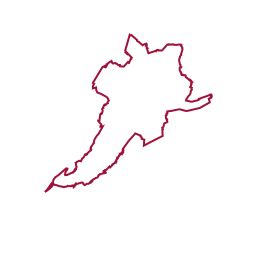 Tepeyahualco, Puebla, Mexico, rotated 213°
{"feature_id": "50627088B49608937685636", "entity_name": "Tepeyahualco", "entity_type": "district", "adm_level": 2, "iso_a3": "MEX", "parent_name": "Mexico", "parent_adm1": "Puebla", "projection": "equal_earth", "projection_center": [-97.469, 19.519], "detail": "fine", "context": "isolated", "style": "outline", "palette": "rose", "viewbox_px": 256, "rotation_deg": 213, "n_neighbors": 0, "source": "geoboundaries", "source_scale": "gbopen_adm2", "svg_char_len": 5723}
<svg xmlns="http://www.w3.org/2000/svg" viewBox="0 0 256 256"><g transform="rotate(213 128 128)"><path d="M98.3,154.6L99.4,155.6L99.9,155.9L99.8,156.1L99.9,156.6L101.4,156.8L103.2,159.1L102.6,159.8L103.6,161.1L103.0,161.8L104.1,163.3L100.9,166.0L95.8,171.1L94.5,172.0L89.6,173.5L88.1,174.2L86.0,176.2L79.6,183.0L78.9,183.5L73.4,194.0L73.8,194.5L76.2,196.5L76.1,196.8L75.3,197.6L74.7,198.8L75.4,199.0L75.1,199.9L75.9,200.1L75.7,200.8L76.5,201.1L76.4,201.3L76.7,201.4L79.9,196.8L81.1,195.5L81.8,194.4L82.9,193.2L83.3,192.1L84.5,191.1L83.9,190.5L85.1,188.7L87.2,186.6L88.5,185.0L89.6,184.4L94.3,182.6L94.5,183.1L94.5,183.7L94.8,184.5L94.6,185.7L94.8,186.4L94.7,187.6L94.4,188.8L94.4,190.4L94.6,191.4L95.5,193.5L95.3,194.9L96.2,195.7L96.4,196.5L98.1,196.1L98.3,196.5L98.1,197.0L98.2,197.7L98.3,197.7L98.4,198.1L98.5,198.4L98.6,199.1L98.8,199.0L99.1,199.4L99.2,200.0L99.4,199.9L99.7,200.3L99.6,201.1L99.3,201.5L100.4,201.7L100.7,201.5L100.9,200.9L101.0,201.5L101.5,201.5L101.3,202.1L102.7,202.3L103.4,201.7L105.9,202.2L106.5,202.0L107.4,202.3L108.0,202.9L108.2,203.4L109.3,203.1L110.0,203.5L109.7,203.1L110.3,202.4L110.8,202.7L111.2,202.5L111.6,201.8L111.8,201.7L112.7,202.2L112.8,202.5L113.0,202.6L113.1,202.9L113.6,203.1L113.5,203.3L113.8,203.6L114.1,203.6L115.9,204.4L117.2,206.1L117.3,206.4L117.1,206.5L117.0,207.0L117.1,207.5L116.9,207.6L117.1,207.8L116.9,208.1L117.6,208.1L118.0,209.1L118.3,209.5L119.5,209.9L120.0,210.6L121.5,212.0L122.4,213.3L122.7,214.1L122.8,215.4L123.3,216.3L123.3,217.6L123.2,218.0L123.4,218.0L123.9,219.4L124.1,220.4L125.1,223.6L125.8,224.2L125.9,224.7L128.0,225.7L127.9,226.1L128.6,226.9L130.7,225.8L132.9,223.9L135.3,222.5L134.7,223.1L136.5,222.3L136.6,221.8L138.7,220.5L139.1,220.6L139.3,220.1L139.6,220.2L140.5,219.3L141.6,212.0L141.8,211.4L143.8,210.2L145.3,209.9L145.5,209.5L145.2,209.6L145.1,209.4L146.2,209.1L146.5,208.3L146.4,208.1L146.4,207.6L146.9,207.7L147.1,207.4L149.1,204.9L151.5,201.9L152.1,201.3L151.8,202.1L155.5,205.0L155.2,205.5L155.9,205.5L156.7,206.2L157.2,207.5L157.9,207.0L158.2,208.1L158.4,208.7L158.7,208.8L160.8,205.8L160.8,205.4L164.9,205.9L165.5,206.1L166.7,206.0L168.0,206.1L168.4,206.7L175.9,207.8L176.4,206.8L177.3,207.0L172.5,191.4L171.8,191.2L171.5,190.1L169.2,189.6L169.5,190.5L163.3,189.1L163.4,188.3L163.0,188.2L162.9,187.7L163.2,187.1L163.3,186.7L162.9,185.2L162.9,184.4L162.6,183.1L162.0,182.6L164.0,183.3L165.0,177.2L168.4,175.3L169.0,176.4L170.9,175.4L172.5,175.9L173.2,175.4L173.7,175.6L174.2,175.5L175.7,173.9L176.4,173.9L176.9,174.1L178.4,175.3L178.6,174.9L178.6,174.3L179.4,173.4L179.5,172.6L180.5,170.1L180.1,169.9L180.3,169.3L180.0,169.1L179.4,169.5L179.8,168.8L180.0,168.9L180.4,168.0L179.8,167.6L179.7,167.2L180.0,166.6L181.3,166.3L181.6,166.9L182.6,165.1L182.0,146.7L180.5,146.6L180.3,144.1L179.0,142.1L176.9,144.6L175.2,142.4L172.9,141.0L171.3,141.5L169.1,141.9L163.0,142.4L162.4,142.3L161.3,141.9L160.7,141.6L159.8,140.9L159.0,140.5L159.2,138.3L158.5,137.8L159.2,136.5L159.2,135.6L159.7,134.5L160.3,134.9L160.5,134.5L160.1,131.7L159.6,131.4L160.0,130.8L159.9,130.1L160.0,129.8L158.7,128.8L157.8,126.3L158.5,125.5L158.0,125.0L158.7,124.3L155.9,118.5L157.0,117.9L156.7,117.6L152.4,116.4L151.5,115.7L152.2,114.8L151.8,114.1L151.5,114.4L150.7,114.3L150.0,115.4L149.5,107.0L149.6,105.8L149.9,104.9L149.9,100.3L149.4,98.7L148.4,96.5L148.7,96.2L148.6,94.2L148.7,92.6L148.6,92.1L148.5,91.0L148.3,90.6L148.1,90.6L147.9,90.0L147.3,90.1L147.0,89.8L146.9,89.5L147.0,88.8L147.4,88.0L147.9,86.2L147.9,85.9L148.3,85.0L147.9,83.6L148.1,83.3L148.7,83.5L148.9,83.4L149.0,83.0L148.9,82.5L149.5,82.5L149.4,80.3L149.2,79.3L149.8,77.4L149.4,74.7L149.8,74.8L150.0,74.4L151.2,73.8L151.6,72.9L152.3,72.1L152.5,71.3L152.6,70.3L152.8,70.2L150.5,67.8L150.0,67.5L149.7,66.4L149.8,66.0L149.6,65.6L149.1,65.3L149.2,63.5L149.9,64.2L150.0,63.8L149.8,63.4L149.6,63.4L149.7,62.9L149.9,63.1L149.8,61.6L150.2,61.0L149.9,60.6L151.1,59.4L152.6,56.8L152.9,56.6L153.4,55.4L154.0,55.1L154.1,54.9L155.0,54.4L155.6,53.7L155.3,54.6L155.4,54.9L156.3,56.4L156.3,56.9L156.5,57.6L156.3,58.9L156.5,59.9L156.6,61.7L156.9,60.1L157.3,60.1L157.9,60.3L160.5,51.3L160.7,50.3L160.9,50.1L162.2,46.9L162.3,45.0L162.1,43.3L161.6,42.1L161.9,40.3L162.2,32.2L162.9,29.1L161.8,31.4L160.7,34.5L160.0,37.6L160.0,40.6L159.4,40.3L158.6,40.3L157.9,40.8L156.5,41.2L153.6,41.9L152.4,42.6L151.5,42.7L151.2,43.0L150.6,43.3L150.3,43.2L149.4,43.6L149.0,44.3L147.7,45.3L147.2,46.0L147.2,46.4L146.9,46.4L143.5,48.6L143.7,49.1L142.8,50.0L142.4,50.2L142.1,50.0L141.3,48.9L141.0,49.8L141.4,51.3L141.1,51.7L141.6,52.1L141.5,52.9L141.0,52.5L137.2,57.0L136.7,57.3L136.0,57.4L134.7,56.7L133.8,56.8L133.4,56.4L133.2,56.5L132.0,58.9L130.8,59.6L130.3,61.0L129.6,61.5L129.8,62.1L130.2,62.2L130.1,62.6L130.0,63.7L129.8,63.8L129.1,63.5L129.0,64.2L129.6,64.6L129.2,65.8L128.9,66.5L128.5,66.8L128.3,67.3L127.8,68.7L127.2,69.2L126.7,69.8L126.6,70.6L126.7,71.3L126.9,71.5L126.8,72.2L126.9,72.6L126.2,73.7L126.4,74.0L122.6,77.8L123.0,78.0L122.8,78.4L123.5,78.4L123.8,77.7L124.0,78.0L124.4,77.9L124.6,77.8L125.1,78.5L124.6,79.1L124.4,80.1L123.6,79.9L122.6,85.6L121.5,85.2L120.9,88.4L120.8,89.0L121.2,89.1L120.9,89.9L120.2,90.8L120.2,92.3L119.3,92.3L119.4,93.4L120.2,93.4L120.4,95.4L120.2,95.4L120.1,96.5L120.7,96.5L120.9,97.5L120.2,97.5L120.2,99.3L120.6,100.1L120.0,101.3L120.3,101.6L120.1,101.6L120.1,102.7L118.8,102.7L118.8,104.7L119.8,104.7L119.7,105.8L119.4,105.8L119.5,106.0L119.4,106.4L119.7,106.8L120.6,106.8L120.7,108.3L120.9,108.3L120.8,109.5L120.4,117.6L119.2,125.2L119.0,127.4L113.2,128.5L112.8,127.7L111.2,127.5L110.7,126.4L108.0,127.1L105.1,121.9L97.8,134.8L94.6,140.2L98.4,145.5L98.1,145.9L99.4,146.9L99.0,147.5L99.1,149.0L100.0,150.8L100.1,151.6L98.5,154.0L98.3,154.6Z" fill="none" stroke="#9f1239" stroke-width="2"/></g></svg>